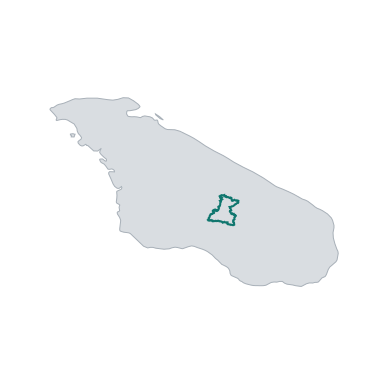 location of Ambatofinandrahana, Amoron'i Mania, Madagascar, rotated 282°
{"feature_id": "10022922B11162683268422", "entity_name": "Ambatofinandrahana", "entity_type": "district", "adm_level": 2, "iso_a3": "MDG", "parent_name": "Madagascar", "parent_adm1": "Amoron'i Mania", "projection": "mercator", "projection_center": [46.283, -20.456], "detail": "fine", "context": "in_parent", "style": "outline", "palette": "teal", "viewbox_px": 384, "rotation_deg": 282, "n_neighbors": 0, "source": "geoboundaries", "source_scale": "gbopen_adm2", "svg_char_len": 8560}
<svg xmlns="http://www.w3.org/2000/svg" viewBox="0 0 384 384"><g transform="rotate(282 192 192)"><path d="M250.2,43.9L251.2,46.2L252.4,48.5L256.1,53.9L257.6,56.0L258.9,58.2L259.6,62.7L261.9,69.6L264.1,80.0L264.8,90.6L265.4,95.5L267.2,100.2L269.9,105.0L270.8,110.3L269.1,115.8L266.7,121.0L266.0,122.0L264.9,123.3L264.3,123.3L262.4,121.9L260.8,119.7L258.7,114.6L258.0,111.9L257.1,111.5L254.7,111.8L253.0,113.4L252.7,114.4L253.0,117.3L253.7,120.0L254.0,122.6L254.0,126.0L254.7,127.0L255.6,127.8L256.6,130.0L256.8,135.3L256.2,137.9L254.5,140.2L254.6,141.5L255.2,142.8L254.6,143.6L252.4,144.6L251.5,145.4L250.3,147.7L248.3,152.5L248.0,154.9L249.3,162.3L248.9,167.6L246.4,177.6L245.0,182.4L242.9,188.1L239.8,195.7L236.7,205.2L234.1,215.0L232.1,220.9L229.9,226.7L226.9,237.0L224.3,247.5L220.5,259.1L215.2,272.1L214.7,273.8L213.6,280.4L212.4,286.2L211.0,292.0L208.0,301.5L207.7,304.4L207.0,307.2L204.2,313.2L203.0,315.4L202.1,317.8L201.6,320.8L200.8,323.7L198.7,329.1L195.6,333.7L193.5,335.4L188.9,337.8L186.6,338.3L181.5,338.4L176.5,339.8L171.3,342.4L166.3,345.5L164.4,347.0L162.3,347.8L155.7,348.0L153.7,347.3L147.1,342.3L144.6,341.4L139.7,340.7L138.2,340.3L136.9,339.7L135.0,337.0L131.1,334.8L130.1,334.1L129.5,332.6L129.1,330.9L128.1,329.1L127.4,325.6L126.1,323.1L122.5,318.8L122.2,317.4L121.9,312.8L122.0,309.7L121.6,304.1L122.1,301.4L123.3,299.0L122.8,296.4L121.5,293.7L121.0,290.9L120.0,288.3L116.2,283.7L115.3,281.5L114.7,279.1L113.3,271.8L113.2,269.3L113.4,264.0L113.9,261.2L114.8,259.3L115.0,257.9L115.6,256.6L116.5,255.7L117.1,254.5L118.5,247.7L120.3,246.2L122.9,245.3L125.0,243.5L126.2,241.1L127.4,236.2L130.7,231.3L131.9,228.8L134.6,224.9L137.0,219.4L137.7,216.9L138.2,214.2L138.8,208.5L139.3,205.6L139.2,202.8L137.8,199.9L134.6,194.6L134.5,193.6L134.7,189.7L134.5,186.9L133.3,184.1L131.7,181.5L130.2,176.5L129.5,168.3L129.7,165.4L129.2,162.8L128.1,160.3L128.9,155.9L138.6,140.2L138.9,138.4L138.5,133.6L138.7,130.8L139.0,129.8L139.8,129.2L141.4,128.9L149.2,128.2L150.2,127.7L152.2,126.4L154.8,123.8L156.1,123.1L157.1,123.4L157.8,124.5L158.7,125.1L161.8,123.9L163.0,123.9L164.2,124.1L164.8,123.0L165.2,121.6L165.6,120.6L166.5,120.0L170.5,119.7L173.1,119.3L176.5,118.3L177.2,118.5L179.9,122.1L180.7,122.4L181.7,122.5L182.7,121.9L180.5,120.0L180.1,118.9L180.2,117.7L181.4,115.2L183.4,113.2L187.7,110.2L192.3,106.8L193.6,106.5L194.7,107.1L195.5,111.1L195.4,111.8L196.2,111.9L197.0,111.4L197.8,109.8L197.8,108.4L197.2,107.1L196.9,106.0L196.9,105.0L199.2,102.6L201.0,100.3L201.8,97.6L202.5,96.3L204.4,94.9L205.0,95.1L205.4,96.3L205.7,97.5L205.2,98.7L204.5,99.9L204.2,101.5L205.3,101.8L206.3,101.4L207.8,98.5L209.5,95.8L210.5,94.4L211.7,93.4L213.8,93.6L215.9,94.2L212.5,91.3L211.7,87.4L215.7,80.6L215.7,79.1L216.3,78.7L216.6,78.2L214.5,75.9L214.1,74.7L214.4,73.0L215.4,71.5L216.3,70.4L217.5,70.0L218.5,70.6L220.7,72.5L222.2,72.7L224.0,70.9L225.5,68.7L227.7,67.1L230.2,66.2L234.0,62.6L236.5,55.2L236.7,53.0L236.2,50.4L235.3,47.9L233.8,44.8L234.2,44.1L236.3,44.5L237.0,44.1L239.3,41.3L243.0,36.0L244.2,36.0L245.3,37.0L245.7,38.5L246.4,39.5L249.0,42.0L250.2,43.9ZM224.1,64.8L224.2,65.6L221.3,65.2L220.8,62.4L222.2,62.3L222.5,61.2L223.4,61.0L224.3,63.5L224.1,64.8ZM258.9,144.8L256.5,149.0L257.2,145.5L260.0,140.4L260.8,140.0L258.9,144.8Z" fill="#d9dde1" stroke="#a8b0b8" stroke-width="1"/><path d="M178.3,216.6L178.0,216.2L177.7,216.2L177.6,216.3L177.7,216.6L177.6,216.8L177.4,217.0L177.1,217.0L176.8,217.2L176.6,217.5L176.3,218.0L176.2,218.0L176.0,217.9L176.0,217.6L176.1,217.4L176.1,217.1L175.9,216.9L175.6,216.8L175.2,216.8L174.8,216.6L174.8,216.2L174.7,216.2L174.5,215.4L174.2,214.9L173.5,215.0L173.0,214.4L172.8,214.4L172.6,214.3L172.2,214.3L171.8,214.5L171.5,214.5L171.3,214.3L170.9,214.3L170.7,214.1L170.0,213.7L169.9,213.7L169.7,214.0L169.3,214.2L168.8,214.1L168.3,213.5L168.0,213.3L167.8,213.6L167.7,213.7L167.9,214.0L167.5,214.5L167.5,214.8L167.7,215.5L167.8,215.5L168.0,216.0L168.4,216.1L168.5,216.2L168.3,216.4L168.3,216.7L168.5,216.7L168.5,216.9L168.5,217.1L168.2,217.0L168.0,217.3L167.8,217.2L167.7,217.0L167.8,217.6L167.9,217.9L168.0,218.1L167.8,218.2L167.9,218.4L167.7,218.6L167.8,219.0L168.1,219.1L168.0,219.6L168.1,219.9L168.4,220.2L168.6,220.7L168.5,220.9L168.7,221.1L168.6,221.3L168.8,221.8L168.8,222.1L168.7,222.3L168.9,222.5L168.9,222.8L168.9,223.1L169.0,223.3L169.2,223.7L169.4,223.7L169.4,223.9L169.2,224.9L169.0,225.0L169.1,225.4L169.2,225.5L169.3,225.5L169.3,225.8L169.3,226.0L169.3,226.4L169.3,226.7L169.2,226.9L169.0,227.0L169.1,227.7L168.9,228.1L168.4,228.3L168.3,228.5L168.5,228.7L169.1,229.1L169.1,229.3L169.2,229.7L169.1,230.1L169.2,230.3L169.2,230.6L169.3,230.6L169.1,231.0L169.3,231.3L169.4,231.9L169.5,231.9L169.6,232.2L169.5,232.3L169.6,232.7L169.2,232.6L168.4,232.9L168.3,233.2L168.3,233.3L168.2,233.4L168.5,233.7L168.1,233.9L168.2,234.1L168.0,234.4L168.1,234.6L168.1,235.3L167.9,235.5L168.0,236.0L168.2,236.4L167.9,236.9L168.1,237.1L168.2,237.4L168.1,237.6L168.2,238.1L168.1,238.4L168.3,238.5L168.5,238.9L168.5,239.2L168.3,239.5L168.5,239.7L168.5,239.8L168.8,239.9L168.9,240.1L169.3,240.0L169.5,239.8L169.8,239.8L170.1,239.6L170.4,239.6L170.7,239.4L170.9,239.4L171.0,239.2L171.2,238.5L171.3,238.5L171.5,238.6L171.8,238.4L171.9,238.5L172.0,238.6L172.3,238.6L172.6,238.3L172.6,238.2L172.9,238.2L173.2,238.3L173.2,238.6L173.3,238.7L174.2,239.3L174.5,239.1L174.9,238.9L175.1,238.9L175.4,238.8L175.6,238.9L175.8,238.8L176.3,239.2L176.6,239.3L177.1,239.3L177.4,239.6L177.6,239.6L177.7,239.8L178.0,239.8L178.2,239.2L178.6,239.0L178.6,238.2L178.1,238.4L177.9,238.3L177.9,238.1L178.3,237.7L178.6,237.7L178.8,237.8L179.0,237.7L179.3,237.5L179.2,237.3L179.0,237.2L179.0,236.9L178.8,236.7L179.0,236.4L178.9,236.4L179.0,236.2L178.8,236.2L178.9,235.9L178.7,235.6L178.8,235.5L179.1,235.4L179.1,235.2L179.3,235.3L179.3,235.0L179.2,234.9L179.3,234.8L179.3,234.7L179.5,234.5L179.8,234.2L180.1,234.0L180.1,233.8L180.2,233.7L180.4,233.7L180.7,233.1L180.8,233.1L181.2,233.0L181.3,233.0L181.3,233.7L181.6,233.7L182.3,234.2L182.5,234.0L182.6,233.8L183.0,233.7L183.5,233.4L183.8,233.1L184.1,233.0L184.4,232.5L184.3,232.3L184.6,232.1L184.8,232.1L184.8,232.5L185.0,232.5L185.3,232.1L185.5,232.6L185.5,232.9L185.7,233.4L185.9,233.7L186.3,233.9L186.4,234.6L186.8,235.2L187.2,235.5L187.4,235.8L187.7,236.0L187.9,236.2L188.4,236.3L188.7,236.8L188.9,236.8L189.0,237.1L189.6,237.5L189.8,238.5L189.8,238.4L190.0,238.3L190.4,238.3L190.5,238.5L190.7,239.2L191.4,239.5L191.6,239.4L191.6,239.2L191.9,238.9L192.0,238.8L192.3,239.2L193.0,239.3L193.1,239.1L192.9,238.7L192.7,238.6L193.0,238.4L193.2,238.2L193.2,237.4L193.0,237.2L192.9,236.8L192.7,236.8L192.7,236.5L192.8,236.1L193.2,235.4L193.3,235.2L193.2,235.0L192.7,234.7L192.6,234.4L192.2,234.2L191.8,233.6L191.7,233.1L191.8,232.9L192.2,233.0L192.7,232.4L192.9,232.4L193.0,232.5L193.8,231.8L194.1,231.9L194.4,231.8L194.4,231.7L194.3,231.3L194.6,231.2L194.7,230.9L194.6,230.7L194.4,230.6L194.1,230.3L193.9,230.3L193.9,230.1L193.9,229.8L194.2,229.3L194.5,229.0L194.5,228.7L194.5,228.3L194.6,228.1L194.5,227.8L194.5,227.4L194.3,227.3L194.4,227.1L194.1,226.9L194.1,226.7L194.1,226.4L194.3,226.1L194.3,225.8L194.6,225.8L194.8,225.7L194.9,225.8L195.2,225.8L195.2,225.6L195.1,225.3L194.9,225.3L195.0,224.9L194.9,224.7L194.9,224.4L195.1,224.4L195.2,224.2L195.7,224.1L195.5,223.8L195.3,223.0L195.0,222.8L194.8,222.5L195.0,222.3L195.1,221.6L194.8,221.3L194.4,220.7L194.0,220.9L193.9,220.7L194.0,220.4L193.8,220.1L193.6,219.9L193.4,220.1L193.3,220.4L192.9,220.5L193.0,220.7L192.7,220.9L192.5,221.0L192.6,221.3L192.4,221.4L192.4,221.6L192.2,221.4L192.0,221.6L191.9,221.8L192.0,221.9L191.8,222.1L191.9,222.3L191.6,222.2L191.3,222.0L191.3,221.8L191.0,222.1L190.8,222.3L190.8,222.5L190.6,222.3L190.4,222.4L190.6,222.4L190.6,222.5L190.1,222.5L190.0,222.3L189.7,222.3L189.7,222.2L189.4,222.1L189.5,221.8L189.3,221.8L189.1,221.6L189.2,221.4L189.1,221.2L189.0,221.3L189.0,221.5L188.9,221.6L189.1,222.0L189.3,222.1L189.2,222.2L189.0,222.3L188.5,222.3L187.6,222.1L187.5,221.9L187.2,221.9L186.8,221.9L186.6,222.0L186.0,222.2L185.6,222.1L185.3,222.2L184.8,222.2L184.3,222.2L184.1,222.0L184.2,221.9L184.0,221.7L184.0,221.9L183.6,221.8L183.3,221.8L183.0,221.7L182.8,221.5L182.8,221.1L182.6,221.0L182.3,221.3L181.9,221.4L181.5,221.6L181.4,221.6L181.2,221.8L180.2,221.3L179.9,221.3L179.8,221.2L179.6,221.3L179.2,220.9L178.9,220.8L178.5,220.3L178.5,219.5L178.9,219.5L179.0,219.6L179.4,219.5L179.3,219.3L179.4,219.1L179.1,219.1L179.0,218.9L179.0,218.6L179.0,218.4L178.7,218.3L178.6,218.2L179.2,218.1L179.1,217.9L179.3,217.7L179.0,217.4L179.0,217.1L178.8,217.0L178.7,216.7L178.3,216.6Z" fill="none" stroke="#0f766e" stroke-width="2"/></g></svg>